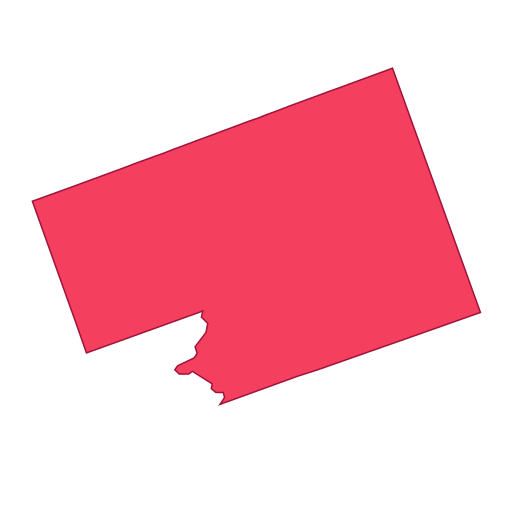 outline of Spokane, Washington, United States of America, rotated 250°
{"feature_id": "52423323B30314962478279", "entity_name": "Spokane", "entity_type": "district", "adm_level": 2, "iso_a3": "USA", "parent_name": "United States of America", "parent_adm1": "Washington", "projection": "orthographic", "projection_center": [-117.293, 47.654], "detail": "fine", "context": "isolated", "style": "filled", "palette": "rose", "viewbox_px": 512, "rotation_deg": 250, "n_neighbors": 0, "source": "geoboundaries", "source_scale": "gbopen_adm2", "svg_char_len": 898}
<svg xmlns="http://www.w3.org/2000/svg" viewBox="0 0 512 512"><g transform="rotate(250 256 256)"><path d="M384.0,64.6L255.0,63.9L222.9,63.5L222.5,187.2L217.3,183.8L209.2,187.6L201.3,182.9L191.5,167.7L184.6,167.4L181.4,163.0L179.7,145.0L176.9,140.8L171.3,143.5L168.1,152.5L169.4,156.8L150.8,171.1L146.6,168.6L141.5,171.6L138.9,178.5L133.8,178.1L128.9,171.4L128.8,253.6L128.0,274.5L126.9,374.7L126.2,447.6L385.8,448.5L385.7,405.6L385.6,396.4L385.6,392.0L385.7,380.2L385.6,373.7L385.6,362.7L385.5,348.9L385.5,341.8L385.2,320.0L385.2,317.5L385.2,314.9L384.9,302.5L385.0,302.4L385.1,294.8L384.9,270.6L384.7,244.0L384.7,243.1L384.7,241.5L384.6,230.2L384.5,222.2L384.5,216.1L384.5,215.8L384.4,211.8L384.4,211.3L384.2,203.6L384.2,203.4L384.2,201.6L384.2,200.8L384.3,194.9L384.3,173.5L384.1,165.4L383.9,107.2L383.9,103.3L383.9,97.8L384.0,64.6Z" fill="#f43f5e" stroke="#9f1239" stroke-width="1.5"/></g></svg>